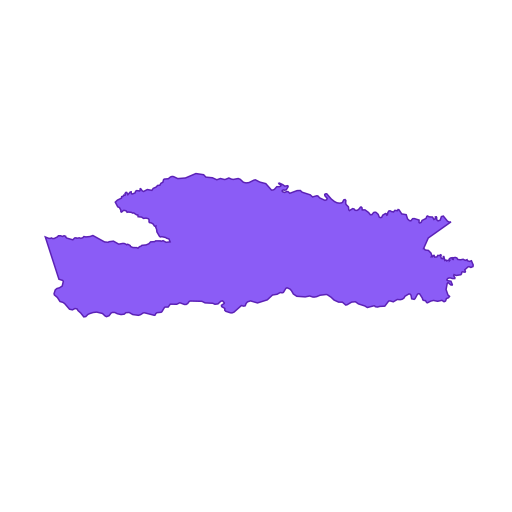 Cocalinho, Mato Grosso, Brazil (Mercator projection), rotated 72°
{"feature_id": "56859067B28773387039389", "entity_name": "Cocalinho", "entity_type": "district", "adm_level": 2, "iso_a3": "BRA", "parent_name": "Brazil", "parent_adm1": "Mato Grosso", "projection": "mercator", "projection_center": [-51.126, -13.845], "detail": "fine", "context": "isolated", "style": "filled", "palette": "violet", "viewbox_px": 512, "rotation_deg": 72, "n_neighbors": 0, "source": "geoboundaries", "source_scale": "gbopen_adm2", "svg_char_len": 6058}
<svg xmlns="http://www.w3.org/2000/svg" viewBox="0 0 512 512"><g transform="rotate(72 256 256)"><path d="M327.1,52.6L327.1,54.7L325.7,56.5L324.7,56.4L324.8,58.4L323.1,60.0L322.8,62.7L321.6,65.2L319.9,65.6L318.9,67.0L318.6,69.3L320.2,69.5L319.9,70.2L318.2,70.1L318.0,71.8L318.5,73.0L320.0,72.9L320.3,73.5L319.7,73.3L319.3,73.7L319.6,76.2L318.5,76.6L318.6,77.8L314.6,77.5L314.4,78.0L316.4,79.0L315.6,80.5L313.4,80.4L312.4,79.6L311.8,80.2L312.3,81.4L311.6,82.9L312.8,84.3L312.3,86.4L310.5,86.4L310.3,87.1L311.3,88.3L310.9,89.5L310.2,88.6L307.2,88.7L304.0,90.3L302.6,93.2L301.1,93.8L300.8,94.4L292.1,86.6L283.8,60.0L283.6,61.5L282.1,63.1L275.9,65.5L275.8,67.5L278.8,69.7L278.9,72.0L277.2,73.0L275.5,72.3L274.4,72.4L274.2,73.3L275.9,73.9L276.3,75.5L273.5,76.1L272.3,79.1L270.9,80.6L271.1,81.3L272.8,82.7L273.5,87.1L275.1,88.6L275.2,90.1L274.6,90.6L272.2,89.8L269.3,93.9L268.9,95.5L270.4,97.9L269.8,99.1L267.6,100.4L263.1,100.4L261.0,104.4L256.3,105.7L255.7,106.5L256.6,107.6L255.5,109.8L256.6,111.6L255.7,113.3L254.5,114.4L254.2,115.6L255.3,117.1L257.5,118.3L257.6,119.0L256.0,119.1L255.6,119.7L256.3,122.8L258.1,124.6L257.9,126.0L257.0,126.8L254.2,126.9L251.7,128.3L251.1,129.2L251.0,130.7L252.5,133.0L252.1,134.5L249.4,135.5L245.8,138.1L245.0,140.7L242.9,140.3L241.9,140.8L241.8,141.5L243.3,143.8L243.9,145.7L243.2,147.6L241.7,148.1L240.8,149.4L241.7,153.1L240.6,153.5L237.9,152.9L234.9,154.4L233.5,154.4L230.9,153.4L229.8,153.9L229.8,155.3L231.7,157.1L231.9,158.3L231.6,160.2L230.4,162.6L228.4,164.6L225.1,166.8L218.7,169.5L218.4,170.3L218.6,171.6L220.0,171.9L223.2,170.5L224.3,171.4L224.4,173.2L220.5,177.4L218.0,178.6L217.5,179.6L217.3,184.0L214.6,185.5L209.6,192.4L207.4,193.6L206.5,196.7L206.8,204.5L204.6,205.7L204.2,207.1L204.4,209.1L203.5,210.5L202.3,211.1L201.8,210.8L201.6,209.5L202.3,208.4L202.4,206.8L200.1,204.1L199.4,203.9L198.9,204.2L198.5,207.0L196.4,208.5L193.9,211.2L193.9,211.9L194.6,211.8L196.4,210.3L197.2,211.0L197.3,212.3L196.5,214.8L198.3,217.9L198.5,219.4L198.1,220.9L190.2,224.3L186.9,229.5L183.4,233.0L183.2,234.5L184.0,240.0L183.4,242.9L182.0,245.2L178.2,247.3L176.8,249.0L176.2,253.8L175.4,255.5L173.4,257.7L173.7,261.3L173.5,262.4L171.3,265.9L171.4,269.7L168.1,273.3L165.5,279.3L162.5,280.7L159.0,287.7L160.0,299.0L158.2,306.5L155.0,309.9L154.4,311.2L154.4,312.9L155.4,315.5L154.5,319.5L154.8,320.3L157.0,321.7L157.5,324.0L159.0,325.6L158.5,327.8L159.6,329.8L159.9,332.8L161.4,334.8L159.2,338.8L159.9,343.0L159.0,344.0L156.3,344.9L156.3,345.4L157.8,346.0L158.2,346.6L156.9,349.2L157.2,350.5L158.6,351.5L158.8,354.2L158.6,354.9L157.7,355.2L156.4,354.9L156.3,355.9L158.1,358.9L155.6,359.3L155.3,360.0L156.0,361.2L157.4,361.4L157.8,362.0L157.2,362.9L158.2,364.2L158.0,365.4L159.4,366.1L160.0,370.5L161.3,373.2L166.5,372.3L167.8,370.9L170.5,370.4L172.2,370.8L172.7,370.3L171.7,368.0L172.1,366.7L173.2,365.4L174.6,365.1L174.6,364.2L176.0,361.0L177.0,360.2L177.2,359.0L179.9,356.9L180.4,355.7L182.2,356.0L183.7,352.7L185.5,351.4L186.0,348.8L187.3,346.8L188.4,346.5L190.5,347.2L191.3,347.0L192.2,345.3L193.9,343.9L196.0,343.4L196.7,342.7L196.6,342.0L197.8,342.5L199.9,342.3L202.5,342.8L207.5,341.7L208.3,341.1L208.5,339.6L210.5,336.2L211.3,335.7L212.9,333.5L216.0,333.3L215.2,337.3L212.7,339.6L212.7,341.7L212.1,342.2L210.6,346.8L211.0,348.0L210.0,351.9L211.2,354.0L211.5,357.0L210.6,361.3L211.2,362.7L211.1,363.8L212.1,365.9L211.2,366.8L209.9,370.5L208.2,372.4L207.2,372.4L205.6,373.9L205.1,374.7L205.4,375.4L203.6,377.1L202.9,378.6L202.3,382.9L197.8,387.0L197.0,391.3L197.3,392.4L195.8,395.7L186.1,404.8L186.2,407.8L185.3,411.9L184.3,413.7L185.1,415.1L185.1,417.1L184.1,418.4L183.8,420.9L183.1,421.5L182.8,422.9L184.0,425.2L180.5,430.4L179.4,431.1L178.5,430.9L177.4,432.3L177.6,434.1L176.4,435.5L175.7,437.6L176.5,439.2L177.0,442.6L176.5,444.1L175.6,445.0L175.7,446.3L175.0,447.9L172.8,450.5L217.2,450.6L219.5,447.4L220.6,447.1L224.7,449.6L225.5,452.7L225.4,455.4L226.2,457.4L229.4,459.7L230.7,459.8L234.1,457.7L238.7,456.5L240.5,453.9L242.1,452.7L249.0,449.8L250.5,447.2L250.0,444.4L251.0,442.6L253.0,442.1L256.1,440.3L260.7,438.6L261.0,436.6L259.6,433.9L259.4,432.0L259.4,428.4L260.1,424.9L263.2,419.8L266.5,418.0L267.5,416.9L267.4,414.2L265.5,411.5L265.3,409.9L266.1,407.7L268.0,405.8L270.0,402.5L270.6,399.3L269.7,397.3L270.5,394.1L273.6,391.3L276.1,386.1L276.1,383.9L275.3,380.9L275.5,379.7L281.0,371.0L281.0,370.2L279.8,369.1L279.3,367.8L280.2,363.6L279.9,362.7L276.7,359.0L276.5,358.2L277.4,355.3L275.3,352.4L277.4,346.3L276.9,342.9L280.0,339.0L280.5,337.5L280.1,335.7L278.6,333.6L278.5,332.4L282.4,321.4L284.8,319.0L287.6,311.7L289.2,310.0L289.8,307.0L288.1,303.3L288.4,301.6L290.8,300.6L291.3,300.9L292.2,304.1L293.5,304.3L296.2,301.9L297.9,302.5L299.3,301.8L302.1,297.9L302.7,296.4L302.6,294.3L298.6,285.2L299.9,283.2L300.0,281.6L298.1,280.1L297.0,278.3L297.0,275.1L301.1,269.1L301.2,258.8L298.2,252.4L298.9,247.7L298.2,244.3L299.1,242.5L299.1,241.2L296.0,237.6L295.8,236.3L297.8,234.0L299.9,233.0L303.7,232.2L306.9,229.7L310.1,221.8L310.6,217.3L312.6,214.6L313.1,213.1L313.4,210.8L313.1,207.2L314.3,201.1L314.8,200.2L318.3,197.4L322.0,195.4L325.4,191.7L326.6,188.1L330.4,185.8L330.5,184.3L329.4,179.3L330.2,175.6L333.2,173.4L337.1,168.0L339.4,166.0L339.8,159.3L340.1,158.6L341.1,158.2L342.1,156.2L342.2,153.9L343.5,149.0L339.9,143.8L340.1,142.4L342.0,139.6L341.0,135.1L342.1,132.4L342.3,130.4L341.8,128.4L340.3,126.7L339.3,122.3L339.9,121.2L341.2,120.7L344.8,121.2L346.1,119.0L345.7,117.9L342.4,114.4L342.0,113.3L342.5,112.1L347.5,110.8L349.3,110.9L350.3,109.9L350.8,108.6L353.0,108.1L353.5,107.4L352.9,103.7L353.1,100.9L355.2,97.3L355.6,92.9L357.6,91.3L357.4,89.7L355.3,88.0L355.2,85.8L354.2,84.4L352.3,85.5L346.6,85.6L341.3,82.7L340.8,82.1L340.9,81.3L343.6,79.8L344.3,78.5L343.9,78.1L340.2,78.4L338.8,81.2L338.0,81.8L337.3,81.7L336.5,80.2L336.7,78.2L338.1,76.3L338.9,74.0L338.3,73.5L335.9,74.1L334.9,73.4L336.4,71.6L337.1,67.0L336.4,66.0L335.1,65.4L334.8,64.6L336.0,62.2L335.4,61.6L333.6,61.7L331.9,57.8L331.9,56.7L333.3,55.2L333.1,52.9L331.6,52.2L327.1,52.6Z" fill="#8b5cf6" stroke="#5b21b6" stroke-width="1.5"/></g></svg>